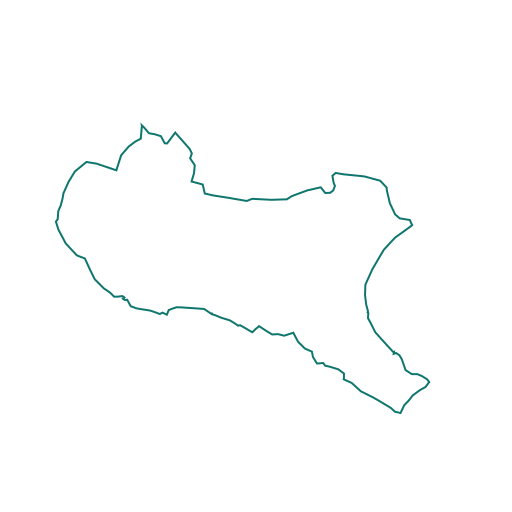 Jorquelleh, Bong, Liberia, rotated 287°
{"feature_id": "62588387B10332133917800", "entity_name": "Jorquelleh", "entity_type": "district", "adm_level": 2, "iso_a3": "LBR", "parent_name": "Liberia", "parent_adm1": "Bong", "projection": "mercator", "projection_center": [-9.438, 6.901], "detail": "fine", "context": "isolated", "style": "outline", "palette": "teal", "viewbox_px": 512, "rotation_deg": 287, "n_neighbors": 0, "source": "geoboundaries", "source_scale": "gbopen_adm2", "svg_char_len": 3157}
<svg xmlns="http://www.w3.org/2000/svg" viewBox="0 0 512 512"><g transform="rotate(287 256 256)"><path d="M363.6,335.5L362.7,330.8L359.7,315.8L359.2,311.9L358.7,307.9L355.1,305.6L348.6,308.9L346.1,311.0L341.3,310.7L338.1,308.4L337.0,305.2L336.5,303.8L340.6,297.8L340.1,296.9L335.4,288.8L333.7,285.8L333.6,285.7L324.7,274.0L323.6,272.6L319.2,268.9L317.6,264.1L314.4,254.8L314.1,253.7L311.2,242.2L309.6,235.7L305.9,231.0L305.3,226.1L304.0,216.0L303.8,214.0L302.8,207.2L301.3,196.6L300.8,188.7L301.0,188.6L305.2,186.2L308.6,184.2L308.8,184.1L308.4,172.6L317.1,172.5L317.6,172.4L324.9,170.9L326.4,169.1L329.3,165.5L330.2,164.4L335.2,164.7L335.9,164.1L336.9,163.2L338.9,161.4L345.8,150.2L350.1,143.1L350.4,142.7L337.7,138.1L337.5,137.4L337.1,135.8L342.8,130.0L342.8,128.0L342.8,123.3L342.1,117.7L342.9,116.5L345.8,112.0L347.6,108.6L347.2,108.8L334.5,111.5L330.1,107.1L323.5,102.3L316.1,99.0L315.1,98.6L312.9,97.6L298.1,97.4L297.1,97.4L297.2,94.0L297.7,76.9L297.7,76.5L296.8,70.0L296.6,68.3L296.4,66.4L283.9,58.1L280.8,57.3L272.2,55.1L262.7,53.9L259.6,53.5L259.3,53.6L254.3,54.2L247.6,54.5L241.0,53.8L240.2,54.0L235.0,55.2L233.2,55.6L231.5,55.0L230.4,54.6L227.3,56.7L223.5,59.3L215.7,67.1L215.4,67.4L212.5,70.2L204.3,84.3L204.1,85.8L203.6,93.1L193.9,101.7L193.3,102.3L186.6,108.6L180.9,119.3L180.6,119.7L179.7,122.8L178.1,127.6L175.6,132.2L176.4,134.8L176.5,135.2L178.6,139.9L177.9,142.2L176.3,141.2L175.6,143.6L176.5,145.6L172.9,149.3L172.2,150.0L171.3,151.0L171.2,153.7L171.0,156.7L171.7,162.7L172.2,165.7L172.9,171.1L172.8,172.4L172.8,173.5L172.6,178.1L172.5,178.9L172.4,181.0L173.1,181.7L174.5,183.1L173.8,187.9L178.9,188.4L179.3,189.0L179.9,189.8L180.9,191.0L183.7,194.9L184.8,198.7L185.1,199.9L186.1,204.2L189.4,218.4L189.5,218.9L190.2,221.9L187.4,230.9L187.4,231.1L187.8,231.1L187.4,231.7L187.5,233.8L186.8,240.6L186.8,249.8L185.3,255.7L184.1,259.3L185.2,261.0L182.0,274.8L185.9,276.9L188.5,278.6L189.0,278.9L189.4,279.2L189.8,279.4L187.5,287.3L186.4,291.5L185.7,294.5L187.7,299.8L188.0,306.2L193.5,314.1L192.9,314.7L186.6,321.0L186.2,321.5L181.8,329.8L181.6,331.2L180.9,337.4L180.4,337.7L176.1,340.0L172.2,344.4L171.0,345.8L173.3,351.5L171.3,354.3L171.7,358.7L171.7,359.1L171.7,367.9L169.3,374.5L164.1,376.0L163.7,376.0L162.6,384.6L158.0,394.3L157.3,395.7L155.7,405.1L155.0,409.3L153.8,414.6L150.9,426.4L150.2,429.2L148.0,433.9L147.7,434.5L148.1,440.1L156.7,441.4L162.6,444.4L164.7,445.2L168.6,446.7L175.7,452.0L180.3,456.4L185.9,458.4L186.1,458.5L188.1,455.7L189.7,449.7L190.2,444.8L188.6,439.5L190.6,432.4L192.1,431.3L196.1,428.4L198.2,426.8L199.8,425.7L203.0,422.2L204.2,418.3L202.7,416.3L203.9,416.2L204.3,416.1L204.0,415.9L207.5,409.8L212.5,401.4L213.0,400.5L213.2,400.1L213.6,399.6L218.0,392.3L225.5,385.2L229.4,381.2L234.3,380.1L234.7,379.2L236.0,379.2L241.5,375.7L250.7,371.6L256.9,370.0L257.1,369.9L260.6,369.0L277.1,371.1L293.6,375.0L299.3,376.4L301.8,377.6L308.3,380.7L314.5,383.8L323.5,390.7L329.9,395.5L331.2,396.3L335.4,392.5L334.8,388.3L334.4,385.1L334.0,382.4L336.5,376.8L339.4,374.2L345.7,368.5L356.9,362.0L358.3,361.4L359.7,360.9L363.8,353.6L364.3,352.8L363.8,336.4L363.6,335.5Z" fill="none" stroke="#0f766e" stroke-width="2"/></g></svg>